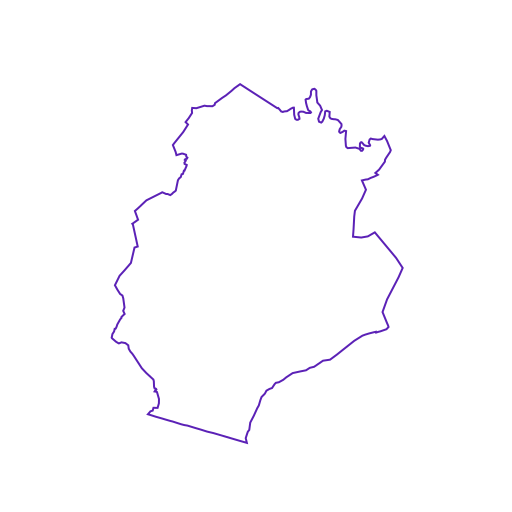 Ezza North, Ebonyi, Nigeria, rotated 152°
{"feature_id": "59680162B95600296408215", "entity_name": "Ezza North", "entity_type": "district", "adm_level": 2, "iso_a3": "NGA", "parent_name": "Nigeria", "parent_adm1": "Ebonyi", "projection": "albers", "projection_center": [7.956, 6.263], "detail": "fine", "context": "isolated", "style": "outline", "palette": "violet", "viewbox_px": 512, "rotation_deg": 152, "n_neighbors": 0, "source": "geoboundaries", "source_scale": "gbopen_adm2", "svg_char_len": 4123}
<svg xmlns="http://www.w3.org/2000/svg" viewBox="0 0 512 512"><g transform="rotate(152 256 256)"><path d="M425.7,167.0L423.2,164.5L420.0,161.2L415.1,156.5L413.1,154.5L409.1,150.6L407.3,149.0L404.9,146.5L401.1,142.6L398.7,140.4L396.2,138.5L390.1,132.4L386.3,128.7L381.6,123.9L376.8,119.7L357.5,100.8L351.8,95.3L350.6,100.0L347.3,103.2L345.7,104.7L343.6,105.6L339.3,111.6L332.9,116.0L326.4,121.0L323.7,122.7L319.8,126.7L317.3,128.9L312.8,130.3L310.0,132.2L306.5,132.3L303.8,131.9L299.8,134.1L298.0,134.7L295.1,133.8L290.0,133.9L286.1,134.7L278.6,135.4L271.1,133.3L265.5,131.6L261.0,132.0L256.7,130.9L246.0,132.1L239.3,129.7L230.6,131.0L224.8,132.1L209.0,135.0L202.0,135.5L199.5,135.7L196.5,135.3L192.4,134.5L187.1,133.2L186.4,132.9L185.7,132.8L185.9,132.0L183.6,131.6L181.6,131.1L175.2,130.1L172.3,131.1L172.0,132.6L171.8,135.2L170.6,147.1L160.6,156.2L140.1,170.3L132.1,176.6L133.2,188.5L140.0,221.1L148.0,220.8L154.4,222.9L161.3,227.5L157.2,234.0L150.7,244.8L147.4,249.5L135.3,257.0L127.8,262.9L127.0,273.0L123.2,272.0L121.3,271.2L118.0,271.1L115.0,270.7L113.4,270.6L111.5,270.5L110.3,270.5L111.1,272.2L111.6,273.3L109.8,273.7L106.7,274.5L97.9,278.8L96.9,280.4L94.8,281.7L91.8,283.3L88.8,284.9L87.3,286.2L87.2,287.4L86.3,296.0L86.3,301.7L90.0,300.3L91.6,300.6L93.8,301.5L98.3,304.6L99.5,305.8L101.0,305.5L103.3,303.1L103.2,300.2L103.7,299.8L105.6,300.4L107.6,302.1L108.5,303.4L108.8,304.9L109.3,306.8L109.7,307.1L110.3,307.1L111.4,306.5L113.0,303.7L112.6,302.2L111.2,301.0L111.0,300.3L111.5,299.7L113.0,299.1L113.9,299.6L114.4,302.1L117.3,305.1L124.4,308.2L125.1,309.8L124.9,311.1L122.1,317.4L117.8,324.0L119.2,325.2L121.3,324.9L123.8,325.1L124.2,326.1L124.1,327.0L122.5,328.7L120.0,330.0L119.0,331.4L118.6,332.5L118.9,333.6L119.2,335.0L119.9,337.7L121.7,339.4L123.3,340.4L124.9,341.6L125.7,342.7L125.8,344.6L123.3,348.6L125.3,351.0L127.0,351.2L129.2,348.0L131.6,345.5L134.4,343.5L135.8,343.2L137.3,345.0L136.6,348.0L131.2,352.8L129.2,353.9L129.0,356.4L128.8,358.6L129.8,362.7L128.6,365.9L127.3,369.5L125.2,373.5L125.2,374.4L125.5,375.3L125.9,376.2L127.3,376.6L128.3,376.7L130.2,375.5L131.8,372.6L133.6,371.0L135.4,370.1L136.1,370.3L137.9,371.0L138.8,370.8L139.9,367.8L140.7,364.6L141.4,360.5L141.1,359.5L140.2,358.3L140.0,357.0L140.8,356.7L144.6,358.8L146.5,361.2L148.5,362.4L149.6,362.7L151.1,362.4L152.0,361.4L152.4,359.7L152.6,358.3L153.2,356.7L155.1,356.6L156.3,357.3L157.0,358.7L156.0,362.7L152.9,369.2L153.6,369.6L156.2,369.7L157.7,369.5L159.4,369.4L160.6,369.3L161.8,369.8L163.3,370.4L164.7,370.6L165.9,371.8L166.4,374.3L166.9,376.3L167.8,376.5L181.0,400.1L189.4,415.2L196.2,414.3L200.1,413.3L204.1,412.5L207.2,411.9L211.6,411.5L220.4,410.2L221.5,408.9L224.1,408.7L229.0,411.4L230.9,412.9L239.3,414.5L242.8,416.7L244.3,414.7L245.3,412.3L250.7,409.3L255.3,407.3L254.3,404.0L262.1,399.6L275.4,393.9L277.3,393.0L278.1,385.6L278.9,382.4L273.5,381.3L272.5,380.7L270.2,378.2L270.9,376.4L270.4,375.0L271.5,374.3L273.1,374.7L273.8,374.3L273.3,373.1L275.5,371.9L275.6,371.4L275.8,370.8L274.4,368.9L275.2,368.0L279.1,364.9L279.6,365.2L281.9,362.8L283.3,363.1L284.6,361.8L285.4,361.0L287.5,360.6L289.4,359.5L296.1,351.4L297.3,351.1L297.9,351.0L299.0,350.9L300.1,350.6L300.9,350.3L303.1,350.0L305.0,352.3L306.3,353.0L308.3,355.6L308.9,356.3L309.3,356.2L326.6,356.6L329.2,355.9L338.3,353.4L341.8,352.6L342.4,348.3L342.9,344.9L343.1,343.4L350.1,342.5L349.9,341.6L356.0,319.9L359.3,320.5L369.7,308.6L378.7,305.1L385.7,302.6L394.3,296.4L394.2,291.5L393.8,286.3L392.5,283.8L393.1,280.9L396.3,272.2L399.0,269.9L399.2,266.5L402.2,265.7L403.6,265.2L403.9,264.5L405.7,263.8L410.7,260.6L412.2,259.1L413.9,257.8L414.6,257.7L415.0,258.0L416.7,256.0L418.3,255.1L419.4,254.5L421.8,251.6L421.7,250.8L419.8,245.9L418.6,243.9L418.1,243.2L415.3,242.9L412.2,240.4L410.7,237.1L411.9,233.9L411.8,230.6L411.1,227.8L410.8,225.4L409.5,210.5L407.8,204.2L404.6,195.1L405.0,193.4L407.4,188.4L407.7,186.8L406.9,186.1L406.6,185.5L406.6,184.9L407.2,184.6L408.1,184.6L409.1,184.0L408.1,183.2L407.3,182.4L407.6,180.9L408.8,175.3L410.9,171.5L414.2,168.1L417.8,170.1L419.8,168.0L422.1,168.4L425.7,167.0Z" fill="none" stroke="#5b21b6" stroke-width="2"/></g></svg>